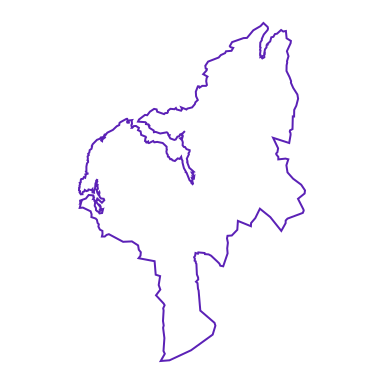 outline of Vefsn nor, Nordland, Norway
{"feature_id": "86288312B80996435697818", "entity_name": "Vefsn nor", "entity_type": "district", "adm_level": 2, "iso_a3": "NOR", "parent_name": "Norway", "parent_adm1": "Nordland", "projection": "albers", "projection_center": [13.105, 65.821], "detail": "fine", "context": "isolated", "style": "outline", "palette": "violet", "viewbox_px": 384, "rotation_deg": 0, "n_neighbors": 0, "source": "geoboundaries", "source_scale": "gbopen_adm2", "svg_char_len": 5912}
<svg xmlns="http://www.w3.org/2000/svg" viewBox="0 0 384 384"><path d="M267.7,27.0L263.4,23.0L260.5,26.1L253.3,30.3L247.0,37.9L243.5,38.1L232.1,42.1L229.8,46.1L230.5,47.1L233.2,47.9L231.5,50.8L226.0,51.3L225.1,53.1L220.8,55.1L218.7,57.5L208.1,61.6L205.3,65.8L205.7,68.5L206.9,69.1L206.6,70.4L203.2,74.2L207.5,76.6L206.6,78.1L206.2,81.2L206.9,85.0L206.0,85.9L202.2,85.9L199.6,87.6L198.9,86.3L197.9,86.3L195.8,91.7L196.1,96.3L197.8,100.0L195.4,102.3L194.8,104.2L192.1,107.4L187.3,108.6L186.5,109.5L181.3,107.4L182.1,109.1L181.1,110.7L176.7,109.5L175.9,108.0L174.5,109.2L170.4,108.8L168.0,110.7L167.8,112.4L167.2,113.0L165.2,113.1L164.1,114.1L157.2,111.7L156.6,109.4L154.1,108.9L149.9,111.7L147.2,115.2L145.0,114.9L139.0,119.5L138.0,121.6L145.4,122.2L146.2,122.9L146.0,124.1L148.5,124.4L149.4,125.7L148.8,126.0L149.5,127.9L153.7,130.5L153.9,132.2L155.7,131.9L160.2,133.5L166.8,132.3L167.9,133.3L168.4,135.1L169.6,135.2L169.1,136.3L170.3,138.4L174.3,139.9L175.7,139.5L177.4,136.7L179.3,136.2L180.0,134.5L182.5,133.5L184.9,131.1L182.1,134.0L182.4,135.1L182.0,135.6L182.8,136.1L182.5,137.1L182.4,136.8L182.4,137.5L180.2,138.4L182.1,140.2L182.8,142.3L182.6,145.3L183.8,146.9L185.0,147.0L186.5,149.1L189.7,150.2L189.6,151.6L188.5,153.3L188.9,154.3L186.8,158.7L187.4,161.0L187.5,162.2L187.2,162.3L189.3,167.8L193.7,171.7L193.3,171.8L193.3,172.7L191.8,172.6L193.8,175.9L193.8,176.3L193.6,176.3L193.5,176.9L194.2,176.3L194.0,177.9L193.4,177.5L193.8,178.3L192.8,177.5L193.1,178.6L192.0,178.3L192.5,179.5L192.3,181.0L193.0,183.6L192.6,184.1L191.3,182.8L191.5,180.3L191.0,181.5L189.6,180.3L186.6,172.8L185.7,172.2L185.9,171.7L183.9,168.1L182.5,162.6L182.5,160.7L181.7,159.3L181.2,156.8L179.7,158.9L177.7,158.4L174.9,161.0L172.5,160.3L171.5,159.1L170.2,159.2L168.9,156.9L167.9,156.6L167.7,154.7L166.7,153.3L166.4,151.2L166.9,149.6L166.6,149.1L166.6,146.7L162.7,143.0L157.2,141.9L154.3,142.3L153.2,141.0L148.9,143.1L148.0,142.7L148.0,141.6L145.6,142.9L146.6,141.8L145.0,141.0L145.4,138.3L146.0,137.4L145.7,136.7L141.2,134.9L140.6,131.4L138.0,130.2L138.9,127.9L136.0,126.0L133.8,126.1L132.3,127.8L131.8,127.8L132.1,127.3L131.4,125.8L131.5,124.7L132.0,124.0L131.7,120.6L132.0,120.1L128.7,120.5L128.5,120.9L128.9,122.6L128.0,122.8L127.2,122.5L127.1,121.7L127.7,120.7L127.2,118.9L126.4,118.9L120.4,122.2L119.5,123.0L119.2,125.1L116.8,126.2L112.9,129.9L107.3,132.7L105.2,135.4L104.8,135.6L104.9,134.5L104.6,134.6L103.9,136.2L104.7,135.7L104.5,137.0L104.9,137.5L102.3,139.5L102.1,141.1L101.2,140.5L102.0,138.4L103.5,137.0L100.7,137.5L100.0,138.7L97.0,139.8L92.7,144.2L91.8,146.0L92.1,146.3L91.5,148.8L89.7,150.1L89.3,152.6L88.1,153.9L88.8,155.0L87.6,156.4L87.9,158.9L87.5,160.2L88.0,160.5L88.1,162.0L87.0,163.4L86.4,166.6L86.4,171.5L86.0,171.6L86.7,173.2L88.4,173.5L85.4,174.4L85.7,175.3L85.2,177.7L84.0,177.1L82.9,178.9L81.3,179.0L80.8,179.9L80.7,182.4L79.7,182.8L80.1,184.2L79.5,185.4L79.7,186.6L79.5,187.8L79.1,187.8L79.0,190.4L79.8,190.7L80.1,191.6L79.6,192.4L80.8,194.3L82.5,194.2L82.4,193.0L83.0,191.9L84.4,191.4L84.8,190.0L86.6,191.1L88.0,190.6L88.5,189.5L91.6,190.1L92.4,189.2L92.5,192.4L94.0,192.7L93.9,191.5L95.1,188.1L95.5,183.3L96.2,182.2L96.1,180.9L97.3,179.2L97.0,181.0L97.3,181.6L96.8,182.3L96.5,185.6L97.3,185.3L97.7,184.0L97.7,184.9L97.0,186.2L97.5,186.4L97.9,188.8L96.7,189.6L97.3,192.6L98.0,193.9L98.3,193.2L98.9,193.9L98.6,192.8L99.3,192.0L99.5,193.0L99.0,194.2L99.7,197.0L101.1,198.5L103.7,198.8L104.3,200.2L101.9,202.7L97.3,198.6L97.0,199.2L97.4,200.1L96.2,200.7L96.6,202.0L96.2,202.0L99.0,205.4L99.3,204.8L100.2,205.4L100.2,206.9L100.7,207.1L100.4,208.6L101.2,208.8L100.0,209.5L100.3,209.9L100.0,211.0L103.0,209.3L102.1,213.0L99.5,213.4L99.0,212.6L99.2,211.6L97.5,211.5L96.0,210.1L95.9,207.9L94.7,205.8L95.2,201.6L94.4,200.9L94.6,200.6L93.8,198.8L93.2,198.9L93.6,198.1L93.4,196.9L93.8,196.9L93.3,195.4L88.7,195.0L85.9,198.5L80.1,200.6L80.2,201.6L81.7,200.9L80.3,203.4L80.9,203.3L79.7,207.9L82.9,207.6L90.6,211.3L91.6,214.3L91.4,217.1L95.6,218.5L96.9,219.8L97.6,223.0L98.8,224.3L98.4,226.6L99.9,229.6L102.4,230.9L102.5,234.0L101.9,236.5L104.8,236.5L106.6,234.9L108.9,234.2L123.1,241.8L131.9,241.4L138.1,245.4L138.8,249.7L140.8,252.2L140.5,255.7L138.6,258.2L154.6,261.2L155.7,274.7L160.1,276.1L158.7,285.0L160.3,289.6L156.0,295.3L163.7,303.6L164.6,305.2L163.2,308.3L163.6,310.6L163.0,321.0L163.7,325.5L163.1,327.8L164.4,338.1L163.5,351.0L164.8,353.8L160.7,361.0L169.5,360.3L191.0,350.3L212.7,334.6L215.4,325.7L214.5,322.8L200.3,310.6L198.6,290.5L198.0,288.8L197.5,283.1L196.0,281.7L198.2,279.5L198.1,277.5L196.9,274.5L196.4,263.9L195.8,262.9L195.7,261.4L194.6,260.7L194.9,258.8L194.1,257.2L195.1,255.8L195.5,253.0L197.9,253.7L198.3,252.4L204.6,253.0L204.9,254.1L208.6,254.4L211.1,255.7L217.4,261.6L219.4,263.6L220.3,265.7L223.2,266.3L227.6,253.4L227.2,248.4L227.9,242.8L227.0,238.4L227.5,235.8L231.8,235.5L237.3,229.8L237.9,220.9L250.9,226.2L251.1,223.0L255.3,218.1L259.9,208.7L270.3,217.1L281.3,230.9L285.6,223.2L285.7,220.5L287.5,218.6L302.8,212.9L303.7,210.7L303.5,209.6L298.0,198.8L304.6,193.5L305.0,190.4L301.2,184.7L293.1,178.7L287.5,172.4L286.4,165.3L288.3,159.3L285.5,158.6L278.3,159.4L278.3,156.9L276.3,154.4L276.2,153.5L277.4,152.2L278.1,148.3L273.1,137.8L289.2,143.0L290.6,134.8L290.5,133.0L289.8,131.8L290.0,130.4L292.5,129.1L292.8,116.4L294.1,116.5L294.2,109.9L296.3,105.7L298.1,98.7L297.4,94.5L293.2,87.9L290.9,82.7L291.1,81.2L289.5,77.0L286.5,71.0L286.6,65.3L287.2,62.6L287.0,61.2L288.5,56.2L286.9,51.2L290.6,43.2L290.9,40.9L286.6,38.3L285.9,31.0L283.2,31.5L281.1,30.0L277.0,33.7L274.9,34.1L273.4,36.8L271.3,37.3L270.2,41.4L267.2,44.1L266.9,44.7L267.3,44.9L266.6,45.3L266.5,47.4L265.0,49.3L264.4,52.5L264.8,52.6L264.7,54.1L264.2,54.2L264.3,57.3L262.3,58.4L261.8,57.8L262.1,56.3L260.4,57.0L260.6,55.3L260.1,55.1L260.1,53.7L260.5,50.4L260.0,49.9L260.6,47.5L260.1,47.1L260.3,42.6L261.9,40.0L261.8,38.9L263.8,34.5L267.6,30.0L268.0,28.7L267.7,27.0Z" fill="none" stroke="#5b21b6" stroke-width="2"/></svg>